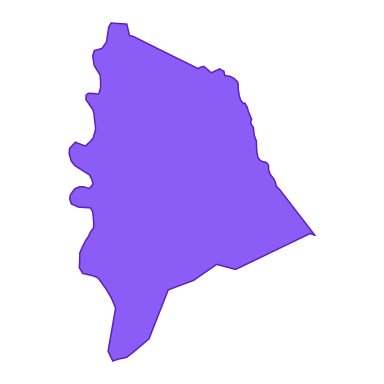 Sharg Sennar, Sennar, Sudan (Equal Earth projection)
{"feature_id": "16777658B19062452623819", "entity_name": "Sharg Sennar", "entity_type": "district", "adm_level": 2, "iso_a3": "SDN", "parent_name": "Sudan", "parent_adm1": "Sennar", "projection": "equal_earth", "projection_center": [33.793, 13.743], "detail": "fine", "context": "isolated", "style": "filled", "palette": "violet", "viewbox_px": 384, "rotation_deg": 0, "n_neighbors": 0, "source": "geoboundaries", "source_scale": "gbopen_adm2", "svg_char_len": 2067}
<svg xmlns="http://www.w3.org/2000/svg" viewBox="0 0 384 384"><path d="M314.8,235.2L279.5,189.4L278.1,188.2L276.2,185.9L275.5,182.6L273.7,178.7L271.9,176.5L269.9,173.8L268.5,168.9L268.6,165.6L267.1,163.2L265.8,162.3L262.3,161.5L260.0,160.2L258.0,157.6L257.0,153.1L256.6,148.6L256.4,141.1L254.3,135.4L253.8,131.8L253.4,127.5L251.5,124.8L250.7,122.4L251.6,119.0L249.9,115.2L248.6,112.2L247.1,107.0L245.6,104.5L245.1,103.3L243.1,103.1L241.2,101.1L240.1,98.7L239.0,94.1L238.2,88.6L238.2,88.0L238.2,84.3L238.1,84.0L237.9,83.3L237.8,82.7L237.6,82.0L237.6,81.9L237.5,81.7L234.1,78.5L229.9,76.3L224.8,75.6L223.9,71.3L220.9,69.7L219.8,68.8L211.7,72.6L209.9,71.9L209.0,70.7L203.8,66.4L200.9,67.1L199.7,67.6L198.2,68.6L174.9,57.2L148.2,43.9L133.0,36.3L131.1,35.9L130.8,35.9L129.5,35.6L126.8,24.1L118.5,23.5L117.2,23.5L116.0,23.4L111.1,23.0L108.7,27.2L106.5,42.0L102.0,48.4L94.3,50.6L92.7,55.9L94.1,65.3L100.1,75.2L100.6,81.7L100.6,84.7L100.6,87.5L99.5,91.8L98.3,94.1L93.0,93.4L88.4,93.3L86.2,95.0L85.9,99.6L90.0,105.5L93.1,110.2L94.1,114.6L94.3,118.2L94.7,120.2L95.0,122.9L95.6,128.3L94.9,132.3L94.3,134.0L93.7,135.8L93.2,137.9L90.0,141.8L88.7,142.8L86.9,144.5L86.3,145.5L84.3,145.7L83.1,145.2L79.7,143.9L77.6,143.1L75.4,142.2L72.5,145.3L71.6,146.2L69.5,148.5L69.2,153.9L70.2,157.4L71.3,161.1L74.8,165.6L80.9,169.5L83.6,171.2L85.1,172.1L89.5,174.9L91.8,179.4L93.1,184.0L89.5,188.3L87.9,188.2L86.5,187.7L83.7,186.8L79.8,186.7L77.8,187.5L75.0,188.6L72.4,191.9L70.1,195.5L69.8,199.6L71.4,203.9L74.9,205.5L76.3,206.1L77.3,206.6L79.0,207.2L86.2,207.6L90.5,207.9L92.7,211.9L93.2,216.3L93.6,221.1L93.7,223.4L93.6,227.9L90.4,232.1L89.2,234.7L88.2,236.8L85.9,240.1L84.1,243.5L82.8,246.1L82.2,247.3L79.8,253.0L79.7,260.4L79.3,267.7L79.4,267.8L82.8,273.5L93.2,275.8L98.1,277.9L106.1,289.1L111.3,297.9L114.6,305.6L115.6,308.1L108.1,351.1L110.2,355.8L112.8,361.0L117.9,359.2L126.5,357.4L133.6,351.9L149.0,338.8L168.2,289.9L177.1,286.5L193.5,280.4L216.6,264.4L235.6,269.4L253.1,261.0L310.1,233.5L312.7,234.5L314.7,235.2L314.8,235.2Z" fill="#8b5cf6" stroke="#5b21b6" stroke-width="1.5"/></svg>